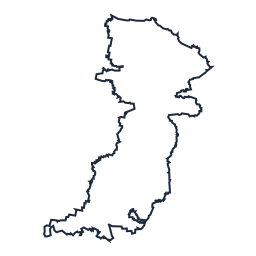 San Andrés Tuxtla, Veracruz, Mexico (Albers equal-area conic projection)
{"feature_id": "50627088B42762923799593", "entity_name": "San Andrés Tuxtla", "entity_type": "district", "adm_level": 2, "iso_a3": "MEX", "parent_name": "Mexico", "parent_adm1": "Veracruz", "projection": "albers", "projection_center": [-95.222, 18.463], "detail": "fine", "context": "isolated", "style": "outline", "palette": "slate", "viewbox_px": 256, "rotation_deg": 0, "n_neighbors": 0, "source": "geoboundaries", "source_scale": "gbopen_adm2", "svg_char_len": 5828}
<svg xmlns="http://www.w3.org/2000/svg" viewBox="0 0 256 256"><path d="M95.7,78.9L102.3,81.0L105.2,81.2L106.1,79.9L107.2,80.5L107.9,80.0L110.3,80.3L110.0,81.9L110.7,82.2L110.7,80.8L112.2,81.0L112.5,85.4L113.3,85.4L113.3,87.3L114.7,87.9L114.5,88.9L113.8,88.9L115.0,90.1L114.2,91.4L113.0,91.6L114.3,93.2L112.8,92.9L112.7,93.6L114.1,94.3L114.2,93.5L115.9,93.9L118.2,95.9L117.7,97.4L119.5,96.6L120.7,98.0L120.2,99.4L120.6,100.6L119.7,101.9L123.6,101.4L125.2,102.7L128.4,103.1L129.9,102.6L130.5,103.7L133.7,103.7L134.5,108.8L127.1,111.9L126.6,112.8L126.0,112.8L126.3,112.1L125.5,112.4L126.1,113.7L125.3,114.6L124.8,114.1L124.4,117.6L120.9,116.9L119.1,117.6L119.6,118.1L118.7,122.0L120.3,123.4L119.7,125.6L122.2,126.1L122.2,127.6L120.8,129.1L120.6,130.5L117.2,134.1L118.9,139.8L118.2,140.5L119.9,141.8L116.7,143.3L116.2,145.1L117.0,146.4L116.8,149.6L115.7,149.5L114.2,151.6L114.4,153.1L113.1,153.6L112.2,155.4L108.7,154.3L107.8,155.0L107.9,156.0L106.6,154.9L105.5,156.6L103.8,156.3L103.4,157.2L101.4,156.4L100.5,158.2L99.2,157.3L98.9,158.2L100.2,159.8L98.0,161.2L97.3,161.1L97.4,160.0L96.4,160.3L97.1,161.7L96.6,162.5L94.8,161.9L94.9,163.4L92.0,162.9L92.0,164.8L93.4,166.9L92.6,166.8L92.5,168.6L91.6,169.4L92.9,169.1L93.3,170.9L94.5,171.0L95.2,172.0L95.2,173.8L94.7,175.4L93.7,175.8L93.7,178.6L92.9,178.4L91.2,180.4L92.2,181.1L91.7,182.4L90.9,181.5L89.7,181.6L90.5,182.3L90.0,183.5L90.7,184.5L89.5,188.6L87.9,190.1L88.4,191.3L87.2,191.5L89.2,195.6L88.2,200.3L89.3,200.6L89.0,201.8L85.9,201.1L85.5,203.4L84.4,203.2L84.0,207.8L82.0,207.4L82.2,210.7L75.4,209.4L76.3,210.5L75.3,215.6L69.1,214.6L68.4,217.0L66.3,217.0L65.5,220.4L60.5,220.3L59.4,221.0L57.7,220.7L57.3,221.4L56.9,220.4L51.2,219.8L49.5,225.9L46.7,225.4L44.5,226.9L44.7,231.9L44.1,234.0L45.2,236.3L46.8,236.5L50.7,235.3L50.0,229.3L51.1,227.2L53.2,225.9L54.4,230.2L56.4,232.2L62.0,230.6L66.9,234.5L67.5,233.8L70.2,234.3L70.7,233.3L73.0,235.3L74.8,233.0L77.2,231.5L78.1,232.4L80.7,232.0L81.0,233.0L80.0,235.2L81.0,235.2L81.5,234.4L81.1,233.0L83.1,231.9L81.3,228.9L83.8,227.5L88.2,229.9L89.9,228.6L91.0,229.2L90.7,230.1L91.3,230.9L91.9,230.0L92.9,230.6L92.7,228.4L93.6,229.3L94.2,228.3L98.0,230.3L98.1,231.0L97.5,231.0L97.8,232.7L98.3,231.6L99.7,232.0L96.5,236.0L97.5,237.0L99.4,237.3L100.8,238.6L103.6,236.4L104.3,237.0L103.3,238.7L104.9,237.5L109.0,240.6L108.7,239.8L110.6,240.0L113.3,237.9L111.8,235.6L109.3,225.4L108.3,224.2L112.1,226.2L121.6,226.5L122.2,228.7L126.8,228.5L126.9,231.2L131.5,230.9L132.0,233.7L135.1,232.9L135.2,229.6L138.3,229.2L137.8,228.1L140.5,229.2L141.8,228.5L144.2,225.4L145.1,222.1L143.0,222.1L142.9,222.9L140.3,222.8L140.6,221.8L138.6,222.1L137.1,221.0L137.3,220.4L134.1,220.0L134.1,218.8L132.8,218.8L132.6,217.2L129.2,217.2L129.3,215.1L128.7,214.6L129.2,213.4L130.0,213.4L130.1,211.2L130.9,211.2L130.9,210.2L132.5,210.1L132.5,209.1L133.3,209.1L133.3,211.1L132.6,211.6L135.4,211.3L135.0,212.1L136.1,214.7L136.9,214.7L137.8,217.5L139.4,217.8L137.9,218.0L138.6,219.4L146.3,220.4L148.7,217.7L148.8,215.7L150.3,214.8L153.4,207.4L152.2,206.9L152.6,203.5L155.5,202.5L155.5,200.6L157.0,200.5L157.1,201.8L158.6,201.8L159.0,199.9L159.8,199.9L159.7,200.9L160.7,201.6L162.4,200.1L163.4,200.8L164.7,199.1L163.8,198.5L165.6,194.7L164.9,194.0L165.9,193.0L166.1,193.8L167.9,193.8L168.2,192.6L170.0,192.6L169.3,182.2L170.2,180.0L169.4,179.8L169.3,173.7L168.3,172.6L169.2,172.3L169.2,169.2L167.7,164.9L167.8,163.4L169.5,162.3L167.5,161.1L167.8,159.1L167.1,158.7L170.9,155.7L171.4,154.6L170.9,152.7L171.8,151.3L172.4,151.7L172.7,149.2L174.7,147.3L175.2,145.5L175.9,146.0L176.3,144.2L175.7,143.1L176.7,141.7L176.5,136.5L178.0,135.5L177.9,134.2L176.9,134.2L177.3,133.5L176.4,132.3L176.8,129.8L175.9,127.6L176.4,127.0L175.3,126.2L175.0,124.5L172.2,122.7L172.0,120.9L169.9,120.7L170.1,119.9L168.2,117.1L168.9,115.1L177.9,114.1L179.2,115.0L181.1,114.4L181.8,113.4L188.5,114.3L189.7,116.4L191.9,115.7L194.2,116.3L194.1,115.6L195.2,115.2L196.9,115.6L199.2,113.4L199.5,112.6L199.2,111.4L199.4,110.9L201.3,111.3L201.4,108.2L200.7,108.4L199.7,106.3L200.1,105.4L198.9,104.3L196.9,104.4L195.9,102.5L196.2,100.3L197.1,100.0L196.1,99.9L196.1,98.8L188.7,96.3L188.6,97.2L185.2,96.8L185.2,96.1L184.3,98.0L183.3,98.1L180.6,95.9L179.5,95.9L179.1,97.3L175.8,96.7L175.5,95.9L176.7,95.7L176.9,93.0L180.6,92.0L181.5,90.4L183.4,90.2L183.6,91.4L184.5,91.4L185.4,90.5L185.1,91.5L185.9,91.5L186.2,90.7L185.4,90.7L186.1,88.9L187.5,89.1L187.5,90.0L191.0,89.4L189.9,86.3L190.2,85.0L189.1,84.2L189.3,83.1L188.4,82.1L190.1,79.6L193.2,79.0L193.3,78.2L199.0,77.3L205.6,72.4L206.9,71.0L206.5,70.0L208.1,70.1L211.9,66.9L210.0,67.0L207.6,64.0L207.4,63.1L208.5,61.7L207.0,61.3L206.8,59.0L205.3,57.7L205.5,56.8L203.5,57.5L199.5,54.2L198.6,52.7L199.5,50.3L199.3,48.2L197.3,48.0L197.1,46.9L196.3,47.6L196.0,46.8L195.0,47.0L193.5,45.3L193.0,46.5L192.1,46.0L191.4,48.0L181.5,43.4L179.2,41.3L178.0,38.7L178.6,37.7L177.5,35.9L177.6,33.7L176.5,34.9L173.9,34.5L171.9,32.8L171.1,30.6L169.1,30.4L167.7,28.9L166.7,29.4L162.8,28.2L160.0,25.7L158.6,25.5L155.5,22.2L155.3,21.1L156.2,20.1L155.7,19.0L154.8,18.6L154.1,19.5L153.4,18.1L151.9,17.8L151.0,18.6L150.9,19.9L149.6,20.3L146.3,19.5L144.3,20.8L136.5,20.7L129.6,19.5L129.0,20.4L127.2,20.5L118.2,18.9L111.4,15.4L112.5,18.9L110.6,20.6L109.7,20.2L110.1,19.0L108.3,19.1L107.9,21.2L106.7,21.0L106.4,23.8L105.3,23.6L105.0,25.9L108.1,26.4L107.6,28.4L108.6,29.6L108.0,30.5L109.2,30.7L109.1,31.7L107.8,31.5L108.7,35.3L108.1,37.7L111.9,38.2L110.4,45.9L109.2,45.7L108.0,51.3L107.9,52.3L109.6,52.6L109.0,55.9L106.4,55.5L106.2,57.2L108.7,57.7L108.6,59.5L111.3,59.7L110.8,63.3L112.1,63.5L111.9,64.6L112.8,64.8L112.6,65.6L116.5,66.1L117.0,66.9L122.7,66.2L122.7,66.9L119.5,67.0L119.6,70.5L119.0,70.6L114.5,70.6L112.1,69.5L108.1,70.6L108.6,68.6L106.6,71.2L103.5,68.0L103.0,68.4L103.9,69.8L102.9,70.8L102.5,73.3L96.6,74.1L95.7,78.9Z" fill="none" stroke="#1e293b" stroke-width="2"/></svg>